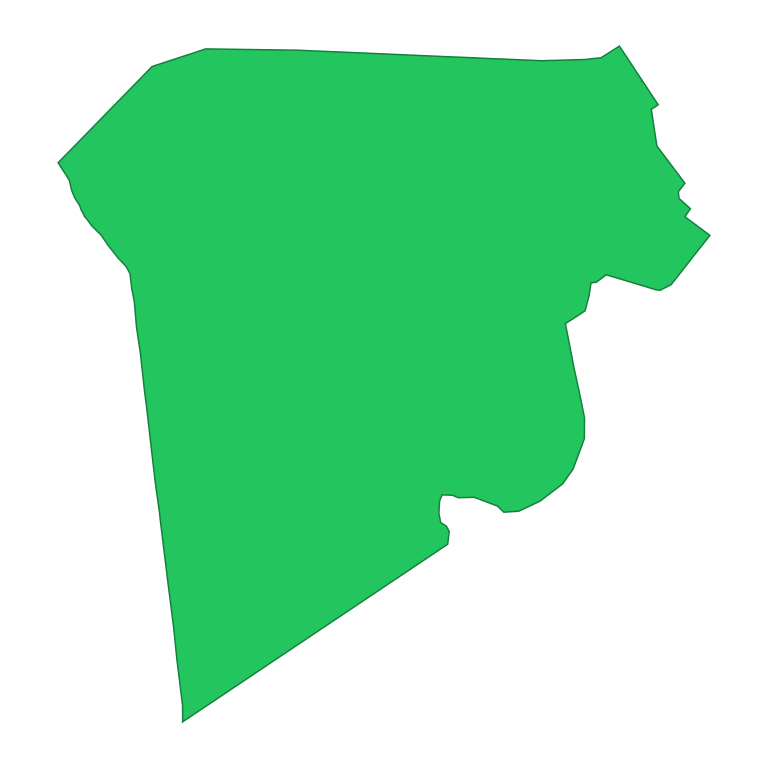 outline of Kota Sungai Penuh, Jambi, Indonesia
{"feature_id": "22746128B31453944142504", "entity_name": "Kota Sungai Penuh", "entity_type": "district", "adm_level": 2, "iso_a3": "IDN", "parent_name": "Indonesia", "parent_adm1": "Jambi", "projection": "mercator", "projection_center": [101.365, -2.138], "detail": "fine", "context": "isolated", "style": "filled", "palette": "green", "viewbox_px": 768, "rotation_deg": 0, "n_neighbors": 0, "source": "geoboundaries", "source_scale": "gbopen_adm2", "svg_char_len": 1905}
<svg xmlns="http://www.w3.org/2000/svg" viewBox="0 0 768 768"><path d="M58.1,162.6L60.9,167.2L61.9,168.7L66.5,175.6L69.2,180.2L69.5,180.9L71.5,189.9L74.5,197.4L79.8,205.8L80.9,209.4L83.3,213.7L84.6,216.7L86.6,218.8L91.9,226.0L101.2,235.2L102.6,237.3L104.4,239.9L107.8,245.0L116.6,256.1L118.1,258.0L126.2,266.6L130.0,273.8L131.8,288.9L134.3,301.6L136.5,327.2L139.4,346.5L140.4,353.1L144.2,388.3L145.4,397.9L145.9,401.8L146.0,402.5L146.3,404.5L152.1,455.1L153.6,468.1L155.3,482.7L159.6,513.2L160.2,519.3L168.0,583.1L171.8,612.6L173.8,629.0L177.0,660.4L182.6,705.7L182.6,707.7L182.6,712.9L182.7,721.1L182.6,721.9L183.9,720.9L183.9,721.0L447.7,544.2L449.2,531.4L446.3,526.1L440.7,522.6L438.9,513.4L439.6,500.9L442.1,494.9L452.3,495.2L458.3,497.7L474.2,497.3L497.5,506.1L503.8,512.2L509.8,511.8L518.8,511.2L540.1,501.1L562.7,483.8L573.1,469.0L578.1,455.6L584.4,438.6L584.5,417.7L580.5,397.9L574.3,369.2L565.4,323.6L578.2,315.4L585.1,310.8L589.1,295.5L591.0,283.0L596.4,282.2L605.4,275.4L606.2,274.8L612.2,276.6L614.1,277.1L625.5,280.6L645.6,286.6L650.1,288.0L656.1,289.8L660.1,290.3L664.1,288.2L671.1,284.7L672.5,282.9L673.9,281.1L675.7,278.9L685.2,266.8L691.9,258.2L696.7,252.2L697.5,251.1L705.6,240.9L709.9,235.4L703.9,230.9L696.9,225.7L684.9,216.8L690.4,208.7L685.3,204.1L679.6,198.9L679.0,198.3L678.4,191.7L684.9,183.2L682.3,179.7L680.0,176.7L667.4,159.9L667.2,159.7L659.3,149.2L656.9,146.0L651.3,109.3L653.6,107.8L655.2,106.8L658.2,104.8L651.4,94.5L645.6,85.7L642.2,80.6L641.6,80.9L641.8,79.9L638.3,74.7L631.6,64.5L625.2,54.8L625.1,54.7L619.4,46.1L601.1,57.7L584.8,59.5L570.7,59.9L553.6,60.4L547.6,60.5L543.8,60.7L540.9,60.7L536.7,60.5L529.2,60.2L519.1,59.8L513.7,59.5L509.7,59.4L508.6,59.3L502.0,59.0L498.6,58.9L498.4,58.9L488.6,58.5L482.6,58.2L476.4,57.9L469.5,57.6L451.8,56.9L297.7,50.2L205.7,48.9L152.1,66.5L73.9,146.6L58.7,162.1L58.1,162.6Z" fill="#22c55e" stroke="#15803d" stroke-width="1.5"/></svg>